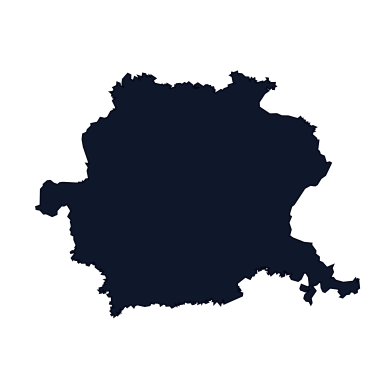 Ban Dung, Udon Thani, Thailand, rotated 84°
{"feature_id": "78962969B17101559907344", "entity_name": "Ban Dung", "entity_type": "district", "adm_level": 2, "iso_a3": "THA", "parent_name": "Thailand", "parent_adm1": "Udon Thani", "projection": "albers", "projection_center": [103.231, 17.709], "detail": "fine", "context": "isolated", "style": "filled", "palette": "ink", "viewbox_px": 384, "rotation_deg": 84, "n_neighbors": 0, "source": "geoboundaries", "source_scale": "gbopen_adm2", "svg_char_len": 5932}
<svg xmlns="http://www.w3.org/2000/svg" viewBox="0 0 384 384"><g transform="rotate(84 192 192)"><path d="M305.1,35.6L298.3,35.6L298.9,36.7L296.3,35.2L295.7,36.3L297.4,37.3L294.8,38.3L297.8,41.1L297.8,51.1L294.9,58.4L292.0,60.3L291.6,63.2L286.3,59.8L282.4,60.8L279.2,59.0L281.3,65.8L275.9,69.6L274.1,72.9L269.9,72.3L266.5,75.8L263.4,75.1L257.2,78.7L255.6,78.3L254.0,85.9L248.4,96.6L245.6,99.7L239.7,97.5L232.6,99.0L226.8,95.9L225.8,97.4L223.6,97.4L216.6,94.5L215.1,91.9L200.0,79.5L197.5,73.5L198.6,68.9L197.7,66.8L191.9,62.3L189.3,57.6L177.7,50.5L176.6,52.0L177.2,55.5L170.2,56.8L168.1,60.6L164.9,61.2L163.2,62.8L153.8,60.6L153.5,62.6L151.7,62.6L147.4,66.5L145.1,65.8L144.4,63.7L143.5,65.0L142.4,63.3L141.5,64.1L140.5,61.8L138.8,64.8L139.3,66.3L137.1,69.0L136.0,68.2L135.7,70.3L134.6,69.9L134.6,72.7L132.6,72.0L131.8,74.1L130.5,74.1L130.9,75.0L128.4,76.2L130.3,79.1L126.6,88.3L125.8,94.9L123.2,99.4L122.7,106.5L114.6,116.3L109.7,116.0L101.7,109.5L99.3,105.2L97.3,107.4L95.8,106.5L97.9,104.0L96.0,100.8L98.2,101.0L98.5,99.5L96.1,98.8L95.7,97.3L94.4,98.6L92.0,97.9L91.4,104.2L90.2,103.3L89.8,104.6L86.8,104.4L86.5,106.0L88.4,105.1L90.5,109.6L89.3,110.1L90.3,115.9L89.1,117.6L88.3,116.3L86.6,118.5L84.8,117.3L86.4,119.7L84.6,120.9L87.4,122.9L83.8,123.7L83.3,127.2L79.8,130.2L79.1,134.2L76.8,134.3L77.8,137.7L77.2,139.9L79.0,140.2L79.9,142.1L81.4,139.9L86.7,139.5L88.2,138.3L89.5,144.6L91.7,144.8L92.7,149.2L94.4,150.7L93.3,152.5L96.3,158.6L94.3,160.0L94.2,158.8L92.7,158.6L91.9,160.7L90.8,160.6L91.1,159.5L89.8,159.7L89.9,162.1L88.2,162.6L88.3,165.0L87.2,165.1L87.0,167.3L88.7,169.6L84.3,174.8L86.1,178.4L87.8,178.2L88.9,174.9L89.7,176.7L88.6,179.3L85.6,180.4L82.3,183.7L84.0,186.0L82.6,188.0L84.2,190.9L83.0,192.3L82.9,196.1L84.0,196.4L83.8,197.7L86.0,198.0L86.9,203.0L86.2,203.5L84.4,201.6L81.7,205.4L82.9,205.6L82.1,207.5L83.3,208.5L81.7,210.5L82.3,211.5L80.1,217.8L76.9,219.2L75.2,216.1L71.6,220.5L72.9,221.0L71.4,222.4L72.7,222.5L71.6,224.5L72.4,225.2L69.7,225.9L68.9,228.5L72.5,229.5L70.6,233.6L74.6,231.9L71.4,237.0L75.2,238.6L73.5,241.4L69.2,240.8L67.5,243.5L72.7,249.2L77.4,250.1L80.5,249.1L78.8,252.2L76.4,252.4L75.0,255.0L78.3,255.7L79.8,259.7L81.5,258.5L84.0,260.1L83.9,263.2L86.2,261.2L87.9,261.7L87.9,260.4L90.0,260.7L90.3,258.3L92.9,261.4L100.0,258.8L102.0,260.2L101.5,261.3L102.4,261.2L103.4,264.3L109.0,268.2L109.8,271.2L108.4,275.4L112.9,278.8L113.6,285.3L115.8,285.2L119.0,289.4L121.7,290.5L123.0,294.5L128.4,295.6L135.7,295.1L153.1,291.2L152.5,294.4L156.6,292.3L159.9,293.9L168.0,293.2L168.2,296.3L170.7,298.6L169.9,299.7L171.2,300.0L170.6,303.7L171.5,304.2L169.1,319.5L169.1,322.4L170.7,325.0L168.8,328.9L165.9,331.7L165.9,334.7L168.8,338.9L170.6,339.0L173.4,342.2L189.3,344.2L190.4,348.8L192.9,348.6L194.0,344.9L198.2,341.9L198.2,339.2L201.6,333.6L200.1,328.8L196.4,328.4L191.8,323.1L192.4,320.8L191.2,317.6L198.1,314.3L203.4,317.9L207.3,315.0L208.9,315.9L213.6,315.3L216.8,317.1L218.9,316.0L221.7,316.7L223.5,313.9L227.2,314.3L232.9,312.6L235.1,314.1L235.8,313.2L238.7,316.1L238.0,317.2L239.1,319.1L240.2,318.9L239.9,315.6L241.1,314.9L245.1,318.8L247.3,317.7L245.9,316.7L247.6,315.4L248.1,311.7L249.6,312.9L250.6,312.2L249.7,310.1L251.1,309.3L251.4,304.7L253.6,304.6L254.3,303.0L253.2,303.2L254.2,301.9L251.8,300.3L252.8,298.4L251.4,297.1L253.2,297.6L252.8,295.6L253.9,296.9L254.2,295.5L256.7,295.9L259.9,292.4L259.7,290.4L261.3,291.5L261.8,288.3L264.3,290.5L265.4,286.8L269.7,285.3L270.0,288.1L271.2,286.4L273.4,288.8L274.6,288.1L275.4,290.1L277.4,290.6L277.9,294.2L280.1,294.1L280.0,295.3L281.7,293.8L282.9,294.3L282.8,292.4L280.9,290.9L283.4,290.5L283.1,288.5L281.6,289.3L281.4,284.4L284.4,284.5L285.3,287.1L287.5,285.8L287.7,282.9L293.0,283.3L292.9,284.8L294.7,285.5L295.3,283.2L297.1,282.0L297.5,283.1L298.9,282.5L298.4,284.7L300.6,284.5L301.9,285.8L304.3,283.7L305.5,285.4L306.5,284.6L305.6,283.3L306.2,282.4L308.1,282.6L306.4,279.9L307.1,278.9L306.1,278.0L304.1,279.1L305.3,276.9L304.1,276.9L304.6,275.6L302.4,276.2L302.7,275.0L301.1,275.3L301.7,273.5L298.9,271.1L298.5,269.6L300.0,268.6L297.5,264.4L300.9,261.9L299.1,260.8L298.2,258.4L300.7,250.8L300.3,245.8L298.2,244.5L299.3,241.4L298.3,240.6L298.9,237.2L300.2,235.3L301.9,235.2L300.3,232.1L301.2,229.9L302.7,229.6L302.7,225.8L305.1,224.1L303.4,220.1L302.3,220.2L303.9,219.0L302.3,218.4L303.3,216.9L301.3,216.5L302.4,215.6L302.4,213.5L301.5,213.5L302.4,211.6L300.2,210.8L301.9,207.6L300.7,207.1L301.8,205.8L300.7,204.9L303.8,203.5L303.8,201.8L301.7,201.7L303.5,199.7L302.1,200.2L301.6,198.9L302.3,196.8L304.0,197.6L303.0,194.3L304.1,194.0L302.5,193.2L303.3,191.3L301.9,190.3L304.1,189.9L303.3,187.2L301.5,188.8L301.6,185.2L300.1,184.0L301.9,182.4L302.9,183.0L302.9,181.5L305.8,181.8L303.0,178.5L307.6,175.4L305.2,174.6L305.4,172.3L303.3,173.1L302.7,172.0L306.6,171.8L300.5,152.9L297.9,152.3L296.0,155.7L294.9,153.8L293.2,154.7L294.2,156.1L291.2,155.4L290.2,156.9L287.5,156.5L282.0,147.8L284.8,143.3L281.7,141.2L281.8,139.2L279.1,137.6L279.4,136.3L276.3,136.1L276.5,137.5L275.1,134.3L277.5,133.9L276.9,131.4L274.8,131.3L275.2,129.8L276.0,130.5L276.0,127.7L275.3,126.7L274.5,127.9L274.3,126.9L275.9,123.2L277.7,125.3L276.9,127.6L279.0,123.9L280.6,124.4L280.5,125.4L282.0,124.7L281.1,123.1L283.3,122.2L279.7,117.0L282.1,116.1L280.8,114.5L282.5,111.8L284.4,113.1L284.2,111.1L285.7,111.6L285.1,108.9L281.8,108.1L280.8,109.2L280.3,108.1L281.4,106.8L282.2,107.5L282.2,106.2L284.0,106.3L283.7,101.6L284.8,101.5L286.0,103.5L289.2,102.2L291.8,95.7L289.9,92.6L284.3,89.2L284.3,87.1L288.9,84.9L297.6,84.9L298.7,86.8L295.5,92.8L299.3,94.6L300.7,94.1L303.0,89.7L301.1,84.6L306.2,90.4L309.5,91.7L312.3,89.9L313.1,86.8L316.5,85.6L314.8,84.4L310.0,84.8L303.2,79.1L298.1,82.3L297.3,77.7L294.6,74.6L295.8,73.3L300.9,73.4L304.6,72.1L305.6,70.3L301.8,64.7L303.6,57.2L305.1,55.7L306.5,57.0L310.7,54.0L311.8,55.7L312.9,53.2L309.9,49.3L309.9,46.2L307.7,44.7L308.4,41.7L309.9,41.0L309.1,38.3L306.4,38.0L305.1,35.6Z" fill="#0f172a" stroke="#020617" stroke-width="1.5"/></g></svg>